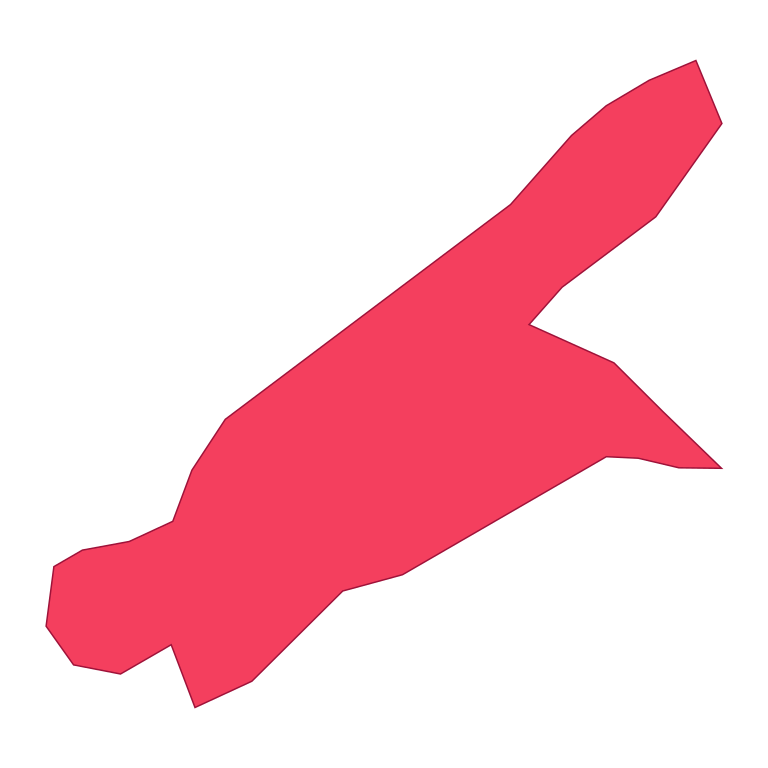 Western Tobago, Natural Earth projection
{"feature_id": "TTO-5090", "entity_name": "Western Tobago", "entity_type": "Region", "adm_level": 1, "iso_a3": "TTO", "parent_name": "Trinidad and Tobago", "parent_adm1": "", "projection": "natural_earth1", "projection_center": [-60.737, 11.226], "detail": "fine", "context": "isolated", "style": "filled", "palette": "rose", "viewbox_px": 768, "rotation_deg": 0, "n_neighbors": 0, "source": "natural_earth", "source_scale": "10m", "svg_char_len": 486}
<svg xmlns="http://www.w3.org/2000/svg" viewBox="0 0 768 768"><path d="M721.5,468.3L678.9,467.8L638.1,458.2L606.3,456.7L402.5,574.7L342.7,591.0L251.9,681.2L195.0,707.5L171.2,644.7L120.5,674.0L73.6,664.9L46.1,626.2L53.9,566.6L82.4,550.1L129.2,541.5L172.8,521.3L191.9,470.2L225.3,419.3L510.6,204.5L571.5,135.5L606.3,105.7L649.1,80.3L695.9,60.5L721.9,123.5L655.8,216.8L562.1,287.2L529.0,324.6L614.0,362.9L662.8,411.5L721.5,468.3Z" fill="#f43f5e" stroke="#9f1239" stroke-width="1.5"/></svg>